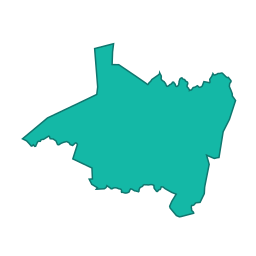 outline of Santo Domingo Tonalá, Oaxaca, Mexico, rotated 187°
{"feature_id": "50627088B17926070063491", "entity_name": "Santo Domingo Tonalá", "entity_type": "district", "adm_level": 2, "iso_a3": "MEX", "parent_name": "Mexico", "parent_adm1": "Oaxaca", "projection": "natural_earth1", "projection_center": [-97.996, 17.68], "detail": "fine", "context": "isolated", "style": "filled", "palette": "teal", "viewbox_px": 256, "rotation_deg": 187, "n_neighbors": 0, "source": "geoboundaries", "source_scale": "gbopen_adm2", "svg_char_len": 3719}
<svg xmlns="http://www.w3.org/2000/svg" viewBox="0 0 256 256"><g transform="rotate(187 128 128)"><path d="M44.7,78.6L44.6,80.5L43.0,101.8L46.7,110.6L40.9,108.9L38.6,108.3L36.0,109.3L34.1,109.8L33.1,135.9L28.4,148.9L24.6,168.4L27.3,171.4L28.3,172.4L28.6,174.1L28.8,174.9L30.6,178.3L31.5,179.8L32.5,181.6L32.5,184.5L31.4,186.5L31.6,187.6L32.6,188.5L34.6,190.5L35.7,190.1L36.4,190.5L36.9,190.7L41.0,193.9L41.7,194.0L43.4,193.4L43.8,193.3L45.3,193.1L46.4,192.2L48.3,191.2L49.3,191.2L50.3,192.3L50.4,191.4L50.7,191.2L51.1,189.6L52.8,186.3L52.2,183.6L52.5,182.9L53.9,183.0L58.3,183.3L59.4,178.9L60.0,178.0L61.6,177.1L62.3,177.1L64.2,178.4L64.9,178.0L66.1,176.9L68.2,176.1L68.5,175.7L69.6,173.6L71.5,172.7L71.4,173.4L72.0,173.6L72.8,174.8L73.4,175.3L73.7,175.5L74.1,175.9L74.4,176.3L74.5,176.7L74.5,177.0L74.5,178.0L74.4,178.2L74.1,178.9L74.1,179.7L74.5,180.6L74.7,180.9L76.1,181.4L76.7,181.7L77.0,182.3L77.8,183.0L79.5,183.3L80.1,183.7L80.3,184.2L80.8,184.3L81.1,184.2L81.3,184.1L81.7,183.8L82.4,183.0L82.5,182.5L82.7,181.7L82.8,181.3L82.8,180.7L83.0,180.0L82.8,179.3L83.0,178.3L82.9,177.2L83.6,176.0L84.1,175.4L84.5,175.2L85.0,175.1L85.5,175.3L85.9,175.8L86.1,176.3L86.3,176.7L86.5,177.2L86.9,177.6L87.3,178.0L87.8,178.4L88.2,179.0L88.9,179.1L89.5,178.7L89.7,178.0L90.3,177.3L90.7,176.7L91.1,176.5L91.5,176.3L91.9,176.0L92.3,175.4L92.7,175.0L93.0,174.8L93.3,174.5L93.9,174.2L94.5,174.1L95.1,174.9L95.4,175.2L95.5,175.4L95.7,175.8L96.0,176.4L96.5,177.1L97.1,177.5L97.8,178.4L98.6,178.7L99.9,179.5L100.6,179.9L101.3,181.6L101.1,182.6L101.3,183.3L101.5,184.0L102.0,184.7L102.6,185.5L103.0,186.1L103.3,186.6L103.3,186.2L103.3,185.7L104.0,184.7L104.5,184.2L110.3,179.0L110.9,177.6L111.7,176.5L112.6,175.5L113.1,174.2L113.6,173.5L114.2,173.8L118.5,176.1L126.7,180.4L144.9,189.7L151.5,189.0L152.6,201.7L152.6,209.9L170.8,202.8L163.1,165.0L163.1,157.9L163.1,157.5L172.1,151.7L174.3,150.3L208.8,128.4L209.3,128.0L209.4,127.9L231.4,104.4L227.1,102.9L224.2,100.5L221.8,98.3L221.0,98.5L219.9,99.8L218.4,98.4L217.5,98.6L216.1,103.0L215.3,103.9L213.4,104.1L212.9,105.7L211.2,106.4L210.5,106.4L205.7,110.3L205.0,110.0L203.9,107.9L201.0,108.0L197.9,106.4L195.9,103.0L194.6,102.9L192.6,104.6L190.1,106.0L187.1,107.1L184.5,106.0L183.4,104.5L180.8,103.9L180.1,104.7L178.4,106.8L177.2,106.7L176.2,105.5L179.0,90.6L158.9,83.9L157.1,73.1L160.3,72.5L157.1,67.7L151.1,65.0L152.0,63.4L144.1,64.8L142.8,65.9L142.1,67.1L141.9,68.2L137.6,65.9L137.4,65.6L136.4,65.7L135.6,66.4L134.5,66.9L133.6,67.1L132.5,67.2L131.3,67.0L130.3,66.7L129.4,66.5L128.5,66.5L127.6,66.3L127.2,65.9L126.7,65.1L126.8,64.4L126.7,63.7L126.5,63.4L125.4,63.5L124.7,63.4L123.9,63.2L123.1,63.1L122.0,63.2L120.8,63.6L119.9,64.1L119.1,64.7L118.9,65.3L118.8,66.1L118.5,66.7L118.3,67.4L118.0,67.9L117.0,67.8L116.5,67.7L115.8,67.4L114.9,66.9L114.3,66.7L113.7,66.4L113.0,66.5L112.1,66.3L111.0,66.2L110.3,66.1L109.8,66.0L109.4,66.6L109.4,67.3L109.6,68.0L108.8,70.3L107.3,71.4L106.7,71.7L106.3,72.2L106.1,72.7L105.8,73.2L105.0,73.7L104.2,73.7L102.8,73.9L102.0,74.0L101.3,73.9L100.7,74.0L99.4,74.4L98.2,74.7L96.9,74.7L96.0,74.4L95.8,74.4L95.3,74.2L95.1,73.4L95.1,72.9L94.8,72.2L94.9,71.8L94.6,71.3L94.1,70.7L93.1,69.8L92.5,69.1L92.1,68.7L91.7,68.5L91.0,68.6L90.6,69.2L90.2,70.1L89.6,70.4L89.2,70.8L88.6,70.9L88.3,71.5L87.8,73.7L86.0,73.7L83.8,72.3L76.7,69.4L72.1,68.2L75.6,60.5L77.1,55.4L76.4,53.7L69.3,47.0L66.2,46.1L64.7,46.5L52.4,51.4L52.4,51.5L52.7,52.2L53.3,52.9L54.0,53.4L54.5,53.7L54.8,53.9L54.9,54.6L55.0,55.4L55.3,56.2L55.5,56.6L55.5,58.1L55.5,58.5L55.4,58.9L54.9,59.0L54.1,59.1L53.3,59.6L52.9,60.0L52.4,60.8L52.0,61.6L51.1,62.1L50.6,62.3L49.8,62.4L49.0,62.6L48.1,62.8L47.4,63.0L44.3,72.1L44.3,72.6L44.7,78.4L44.7,78.6Z" fill="#14b8a6" stroke="#0f766e" stroke-width="1.5"/></g></svg>